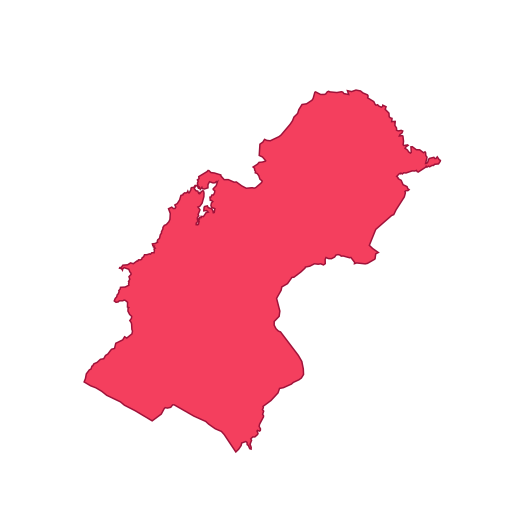 Karagwe, Kagera, United Republic of Tanzania, rotated 30°
{"feature_id": "72390352B65686612592635", "entity_name": "Karagwe", "entity_type": "district", "adm_level": 2, "iso_a3": "TZA", "parent_name": "United Republic of Tanzania", "parent_adm1": "Kagera", "projection": "orthographic", "projection_center": [31.075, -1.721], "detail": "fine", "context": "isolated", "style": "filled", "palette": "rose", "viewbox_px": 512, "rotation_deg": 30, "n_neighbors": 0, "source": "geoboundaries", "source_scale": "gbopen_adm2", "svg_char_len": 6064}
<svg xmlns="http://www.w3.org/2000/svg" viewBox="0 0 512 512"><g transform="rotate(30 256 256)"><path d="M336.5,435.8L337.6,432.0L337.9,427.6L337.1,425.1L339.9,421.8L341.4,421.9L342.7,423.8L344.1,423.9L346.9,426.0L348.3,425.7L347.5,424.1L345.0,422.0L344.3,417.8L342.9,417.0L343.6,414.4L345.5,413.2L346.6,409.9L346.5,408.7L344.4,407.1L344.4,406.3L346.6,405.9L347.0,405.0L346.3,403.5L343.9,402.0L343.2,399.9L342.9,391.5L342.3,390.5L340.9,389.8L340.2,386.5L338.4,385.8L338.2,383.7L337.3,382.7L341.2,373.7L343.5,363.6L342.6,358.9L345.6,356.3L350.7,349.2L351.5,346.8L355.1,341.7L356.3,339.0L356.4,334.8L353.4,330.1L348.4,324.4L342.3,320.9L315.2,309.5L312.9,309.8L309.7,309.0L306.3,306.8L304.5,303.6L306.2,296.7L304.2,291.8L295.0,282.4L294.9,273.1L293.8,269.9L297.1,264.2L297.8,256.5L299.4,255.5L302.8,247.5L304.5,242.0L304.3,240.9L307.7,237.9L310.5,233.5L314.0,232.0L315.9,230.4L318.9,230.0L319.8,228.0L317.6,224.4L317.4,222.3L320.1,222.0L322.7,220.6L324.6,217.6L324.8,215.2L326.3,213.8L328.1,213.2L329.9,213.5L331.5,212.4L338.0,210.7L338.9,209.8L344.6,212.2L345.1,213.4L346.6,211.7L354.5,208.2L356.2,206.7L360.3,199.6L360.5,198.9L358.6,194.3L360.2,191.8L353.3,191.2L348.8,190.1L346.4,173.1L353.2,153.1L354.6,151.3L354.2,145.9L354.9,130.7L353.8,126.6L352.7,125.6L353.3,124.4L354.8,123.5L355.4,122.0L353.8,121.8L352.1,120.4L347.7,120.7L343.9,117.9L340.4,117.9L339.8,117.1L338.0,116.7L339.0,113.0L339.6,112.3L340.0,112.5L340.3,111.8L341.7,111.8L342.3,110.1L344.4,109.1L348.7,104.2L351.0,103.0L352.2,101.6L353.3,102.3L354.5,102.2L358.6,94.1L358.5,93.2L359.6,93.6L360.4,92.0L361.8,91.9L363.2,89.5L364.5,88.8L364.8,87.3L368.0,85.0L368.2,81.9L367.9,81.0L366.5,81.0L363.4,79.5L363.1,81.6L362.0,82.2L360.7,81.6L357.5,84.7L357.1,86.0L357.8,88.6L357.5,90.4L356.6,91.1L354.7,84.9L352.8,84.1L351.3,81.8L350.3,81.3L349.4,82.8L344.7,82.2L341.7,83.8L336.7,83.2L335.6,84.0L338.6,88.6L338.3,89.7L336.3,89.6L334.1,88.5L331.2,88.2L331.3,86.5L332.4,84.1L331.7,84.0L328.8,86.4L327.8,86.1L326.4,82.9L323.3,78.7L322.4,78.7L320.1,80.4L319.9,78.7L320.9,76.5L320.6,74.4L318.9,74.6L316.8,76.5L314.8,76.8L313.7,74.9L311.0,73.5L309.5,70.3L309.2,70.7L308.9,70.0L306.3,71.8L305.0,68.8L303.2,69.2L301.7,68.8L299.7,65.8L294.6,64.4L294.0,61.7L290.4,62.0L290.8,63.0L290.2,64.5L287.2,64.7L285.7,64.2L284.5,65.4L283.3,65.1L280.8,63.4L273.6,63.2L273.1,61.4L272.0,60.7L267.1,61.3L264.0,60.8L259.6,62.3L256.6,65.8L252.5,67.1L255.5,69.8L250.9,71.4L249.2,70.7L247.9,71.0L244.3,74.0L237.8,77.0L236.6,77.0L235.7,78.1L235.3,80.9L234.4,81.9L231.2,83.8L225.5,84.1L225.1,84.8L226.7,91.0L226.6,93.1L223.7,98.9L220.1,101.8L219.9,107.8L220.8,111.7L219.4,116.7L220.0,120.7L219.7,125.0L217.2,138.8L216.2,141.2L210.7,149.1L207.5,150.5L205.1,150.7L205.0,153.9L203.5,157.2L208.5,167.3L212.1,167.0L216.7,168.6L216.8,169.1L214.4,171.6L211.8,173.4L211.4,175.7L209.0,180.4L210.9,180.8L211.9,182.3L213.3,183.0L213.7,184.3L215.9,184.0L218.3,185.1L221.0,187.5L223.6,187.9L224.1,188.6L223.9,190.3L221.6,196.9L220.6,198.1L218.5,198.8L213.7,202.2L208.4,202.4L202.0,201.7L200.2,203.0L193.8,203.7L190.3,205.8L185.8,204.3L185.0,203.4L178.5,204.9L175.2,206.3L172.6,205.6L171.7,205.9L171.4,207.4L166.7,215.9L168.0,217.5L167.2,219.4L168.5,220.0L168.8,222.1L170.6,224.2L170.3,224.7L172.3,226.1L172.7,225.9L171.8,224.8L172.4,224.6L174.4,226.2L174.8,223.6L175.9,224.5L177.8,223.8L180.3,221.0L178.7,218.2L178.6,214.9L182.3,214.2L184.0,213.0L184.4,211.4L185.3,211.7L185.5,211.1L186.4,214.9L185.3,219.2L185.8,219.9L187.7,220.1L188.5,222.0L188.6,224.4L187.3,225.2L187.5,227.6L186.7,228.1L188.6,230.7L189.4,230.2L191.4,230.5L190.9,232.4L191.7,234.8L193.5,236.1L196.7,235.5L198.1,239.2L197.4,239.9L195.9,238.3L193.9,237.3L190.5,238.0L188.8,236.9L186.7,238.9L186.7,239.8L188.2,243.0L190.5,241.3L192.7,241.9L191.1,243.5L190.8,248.1L188.7,249.1L189.3,250.1L187.9,250.8L188.6,252.3L187.8,253.4L189.1,254.1L188.7,254.7L189.5,254.8L190.3,257.3L189.8,257.3L189.7,258.3L188.5,258.8L187.8,257.4L188.4,255.0L187.0,253.7L187.7,252.6L186.4,252.8L186.1,252.3L186.1,249.6L185.1,249.0L184.4,244.0L181.2,242.6L182.5,241.0L182.9,237.2L181.2,230.7L179.5,227.5L178.1,226.0L177.4,226.0L176.5,227.4L176.2,230.0L175.9,230.3L175.2,229.6L174.9,230.3L173.1,228.9L171.5,229.5L169.1,228.6L168.6,227.6L169.1,224.7L168.0,225.4L167.8,227.8L166.2,228.8L165.8,229.7L166.5,231.1L166.6,234.6L165.9,235.0L164.5,233.9L164.6,235.3L163.8,236.5L162.7,236.9L161.9,238.6L162.2,239.4L160.7,241.1L161.8,245.6L161.6,250.0L160.2,252.4L162.1,253.7L162.1,255.3L160.7,256.2L158.6,255.8L156.6,258.8L160.5,262.0L163.2,267.4L163.4,270.0L162.6,273.7L161.3,275.3L161.1,277.7L161.8,279.1L162.0,282.3L162.7,283.4L162.5,285.4L163.6,289.0L162.8,291.2L163.1,292.6L163.9,293.2L162.5,295.5L160.2,297.3L161.5,298.7L163.0,298.3L162.8,299.4L164.8,299.6L164.2,301.0L165.1,301.7L166.1,304.1L164.1,305.3L163.7,307.2L162.7,307.4L160.9,309.4L158.8,310.7L159.1,312.9L158.3,314.3L158.6,316.1L157.9,317.1L156.1,318.1L156.1,319.6L155.4,319.8L153.6,324.0L150.8,324.7L149.2,327.8L145.3,330.5L145.0,333.3L143.8,334.1L143.9,334.8L145.9,334.2L147.4,335.0L147.0,333.7L147.7,332.0L152.5,331.1L154.7,332.8L156.3,333.4L157.0,334.4L156.3,337.4L158.3,339.2L158.4,341.9L159.1,342.0L159.4,343.5L160.5,344.9L158.2,348.3L154.3,350.9L154.9,352.5L154.5,354.5L155.2,355.3L155.6,357.7L155.2,359.0L155.8,361.1L155.3,363.1L155.7,365.8L157.9,366.1L159.6,364.7L160.1,363.1L162.9,361.5L163.9,360.1L165.0,359.8L167.9,360.3L170.2,364.5L171.6,364.3L171.4,365.4L172.7,367.8L175.8,369.8L178.5,370.4L179.3,372.3L179.0,375.0L181.3,376.1L182.4,377.3L185.2,381.6L186.6,382.8L187.5,385.5L185.1,391.7L182.6,391.6L182.5,395.3L178.2,401.7L179.7,406.8L177.6,408.9L177.3,410.1L176.7,415.0L175.4,417.4L175.5,421.1L172.9,423.3L171.6,427.6L169.5,430.4L169.5,432.9L169.0,433.4L169.6,436.4L168.6,437.9L168.0,442.9L169.6,447.5L170.1,451.0L177.7,451.1L183.3,450.2L190.1,450.3L196.4,451.3L211.5,450.1L216.6,451.0L228.7,450.4L248.5,450.7L253.0,440.3L252.8,434.2L253.2,432.7L255.3,432.0L257.8,429.7L258.2,426.6L259.5,425.8L282.6,425.7L295.2,424.4L299.2,425.3L307.1,426.0L313.7,425.2L317.7,426.5L336.5,435.8Z" fill="#f43f5e" stroke="#9f1239" stroke-width="1.5"/></g></svg>